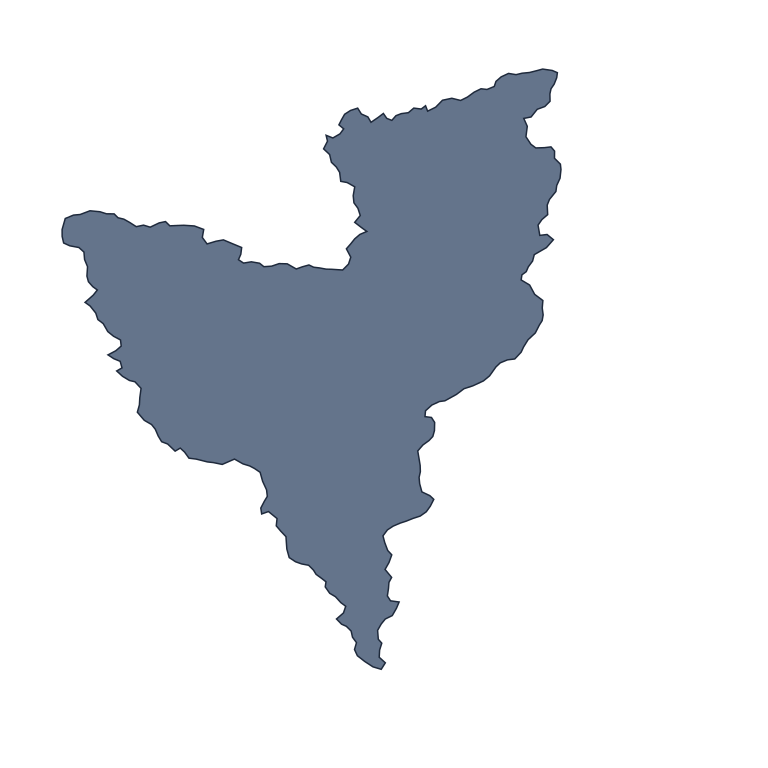 Quitandinha, Paraná, Brazil, rotated 252°
{"feature_id": "56859067B47422460972833", "entity_name": "Quitandinha", "entity_type": "district", "adm_level": 2, "iso_a3": "BRA", "parent_name": "Brazil", "parent_adm1": "Paraná", "projection": "mercator", "projection_center": [-49.482, -25.922], "detail": "fine", "context": "isolated", "style": "filled", "palette": "slate", "viewbox_px": 768, "rotation_deg": 252, "n_neighbors": 0, "source": "geoboundaries", "source_scale": "gbopen_adm2", "svg_char_len": 3867}
<svg xmlns="http://www.w3.org/2000/svg" viewBox="0 0 768 768"><g transform="rotate(252 384 384)"><path d="M654.5,436.7L652.7,429.9L648.4,425.2L644.4,421.2L639.1,424.5L635.5,419.4L633.8,411.4L638.4,405.8L632.4,405.3L626.3,399.2L619.0,403.2L611.1,402.5L605.1,405.7L599.0,407.2L590.1,405.5L587.0,411.2L580.6,417.1L572.6,412.9L565.6,411.4L559.2,413.5L551.6,413.5L546.8,406.1L539.9,410.8L534.4,414.8L533.7,407.3L531.1,401.0L527.6,395.7L524.2,390.0L514.9,391.6L509.0,387.3L505.2,379.9L509.3,369.6L511.1,364.5L514.3,358.6L516.8,353.2L520.4,349.4L520.7,342.5L520.5,336.1L528.2,329.1L530.9,321.5L530.8,313.5L532.7,306.0L537.3,303.0L541.2,295.6L542.4,287.8L547.2,284.0L551.6,287.9L557.8,290.8L564.9,282.5L570.7,275.8L571.7,268.3L571.9,259.0L579.5,256.5L586.7,260.3L592.9,252.5L596.8,242.7L598.5,236.8L600.6,229.2L606.0,226.4L606.7,219.9L605.4,210.1L609.4,204.4L610.2,197.0L616.3,192.0L621.2,187.5L624.3,182.4L629.2,179.9L631.6,172.7L635.6,167.1L639.6,157.9L639.1,147.4L640.6,140.9L639.9,132.0L630.4,125.6L623.8,123.5L617.1,122.9L612.5,127.9L608.1,136.0L602.2,139.4L594.9,137.7L587.2,138.3L578.4,134.8L572.6,134.5L566.6,137.1L562.0,140.4L558.4,135.0L554.0,124.9L549.0,128.6L540.5,131.8L533.7,131.8L528.2,135.6L519.2,137.5L512.9,141.6L507.3,147.0L501.3,145.8L498.5,139.2L497.0,130.5L491.6,134.8L487.1,140.1L480.3,139.8L479.0,133.8L472.1,137.7L466.0,143.0L463.1,147.8L454.9,151.6L446.4,147.5L439.7,144.9L433.4,140.7L423.5,144.8L417.3,150.4L411.7,152.5L404.2,153.2L397.8,154.7L393.8,159.7L384.7,164.6L386.0,170.4L380.9,173.3L373.7,175.6L370.6,182.2L367.6,187.0L364.5,191.9L362.0,197.4L357.5,205.3L358.8,218.6L351.6,225.2L347.6,230.9L343.9,234.5L338.3,238.9L328.9,238.5L319.6,239.6L313.2,238.3L309.4,233.9L304.1,228.5L298.2,227.5L298.4,234.7L289.1,240.7L282.4,237.7L275.8,240.4L269.1,243.6L263.2,242.1L257.1,240.6L248.2,240.2L242.3,244.9L238.3,250.1L234.9,256.3L228.8,259.4L223.9,260.6L219.4,263.9L213.8,267.7L209.2,265.4L201.7,267.7L196.7,272.1L189.4,275.4L184.4,278.9L178.8,274.7L175.2,266.2L168.7,269.4L165.2,273.3L159.2,276.4L152.9,275.8L146.5,277.9L140.6,273.9L133.8,274.7L126.1,279.9L118.4,286.1L113.5,293.2L118.4,299.1L125.6,295.0L132.3,297.6L138.2,301.8L143.0,299.7L151.7,301.8L156.6,307.2L160.1,312.6L161.2,320.3L166.8,326.5L172.0,331.0L175.8,323.2L181.4,321.7L188.2,325.1L193.8,327.4L197.7,331.5L207.3,327.7L212.7,333.6L219.1,338.6L224.5,336.1L233.0,335.7L239.9,336.1L244.2,342.2L246.0,348.8L246.7,356.4L246.7,362.7L247.2,370.2L247.2,377.6L249.4,384.7L253.5,390.3L258.9,395.7L263.5,393.2L269.7,386.7L278.1,387.1L284.3,388.5L289.4,391.5L295.3,393.2L301.1,394.1L309.9,395.4L314.0,402.2L316.3,409.3L319.0,414.2L324.1,417.6L331.8,420.3L337.5,418.8L340.3,412.9L345.7,415.2L349.2,423.0L350.2,431.3L349.2,436.7L351.7,449.7L354.8,458.6L354.8,467.9L356.2,479.5L359.1,486.9L365.7,495.8L368.2,501.1L368.8,508.9L367.4,516.1L371.9,524.3L376.1,528.2L381.6,534.7L385.8,543.7L392.0,549.9L395.4,554.0L400.5,556.7L407.4,558.0L414.3,560.9L422.7,555.0L433.1,553.1L440.6,546.6L445.2,548.9L446.9,554.0L450.8,557.4L455.0,563.3L460.6,566.9L463.5,580.6L468.9,589.7L475.8,585.3L477.2,578.1L487.5,579.6L491.6,585.0L494.5,592.0L503.7,594.5L508.4,598.4L514.0,607.0L519.4,609.6L525.3,615.0L533.3,618.6L538.6,619.7L546.0,615.9L552.8,618.2L557.9,616.1L559.2,609.6L561.6,601.3L566.6,597.8L575.3,595.4L584.8,599.9L593.4,599.0L592.5,606.4L597.9,614.6L598.2,622.7L601.6,629.3L608.6,631.4L613.2,634.1L616.6,638.5L621.9,642.9L626.5,645.1L630.2,640.9L634.5,632.2L634.8,626.0L635.3,618.6L636.9,611.4L637.4,605.2L640.9,598.4L639.9,590.3L637.2,584.0L632.9,580.8L632.3,573.0L634.8,567.5L633.7,559.9L631.1,552.0L630.0,544.5L634.8,536.8L635.8,527.3L631.3,518.7L630.0,509.8L635.8,509.5L634.0,504.4L637.2,497.6L634.5,491.0L635.8,484.0L635.5,478.3L632.3,472.9L635.8,468.7L641.5,467.0L639.3,460.7L636.9,452.5L643.0,451.2L647.8,445.9L654.5,444.2L654.5,436.7Z" fill="#64748b" stroke="#1e293b" stroke-width="1.5"/></g></svg>